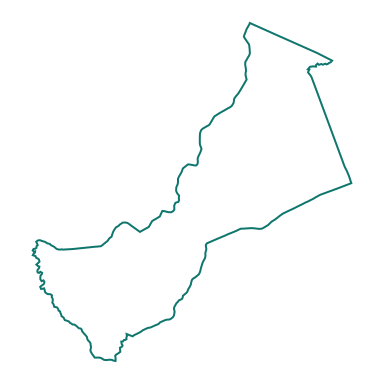 Senador Guiomard, Acre, Brazil
{"feature_id": "56859067B6491978564654", "entity_name": "Senador Guiomard", "entity_type": "district", "adm_level": 2, "iso_a3": "BRA", "parent_name": "Brazil", "parent_adm1": "Acre", "projection": "orthographic", "projection_center": [-67.514, -9.978], "detail": "fine", "context": "isolated", "style": "outline", "palette": "teal", "viewbox_px": 384, "rotation_deg": 0, "n_neighbors": 0, "source": "geoboundaries", "source_scale": "gbopen_adm2", "svg_char_len": 5264}
<svg xmlns="http://www.w3.org/2000/svg" viewBox="0 0 384 384"><path d="M332.1,60.6L317.3,53.1L308.1,49.0L294.2,42.8L279.3,36.2L249.8,23.0L249.3,24.5L248.4,26.0L246.6,29.1L246.0,30.7L245.4,32.4L244.8,33.9L244.2,35.4L243.9,36.7L244.6,38.0L245.4,39.2L246.1,40.2L247.1,41.7L248.0,43.0L248.9,44.2L249.2,45.4L249.4,47.0L249.6,48.7L249.7,50.3L249.8,52.2L249.8,53.8L249.0,55.8L247.9,57.4L247.1,59.0L246.3,60.3L245.3,62.0L245.2,64.7L245.5,66.6L245.9,69.0L246.0,70.9L245.6,73.0L245.5,74.9L246.6,79.5L244.1,83.9L241.9,87.6L240.6,89.8L238.4,93.3L237.1,94.9L235.5,96.8L234.1,98.9L233.9,101.1L233.6,102.8L232.9,104.1L231.8,105.8L230.1,107.2L228.5,108.0L219.9,112.9L214.5,116.3L213.4,118.0L212.5,119.5L211.8,120.8L211.1,121.9L210.3,123.3L209.4,124.7L207.9,125.7L206.7,126.3L205.6,127.0L204.2,127.8L202.8,128.6L201.3,130.0L200.5,131.8L200.1,133.0L199.9,134.6L199.9,136.2L199.8,138.0L199.8,139.3L199.8,140.6L199.8,142.4L199.9,144.5L200.7,146.7L201.5,148.8L200.7,151.4L199.7,153.7L198.7,155.7L198.0,157.3L197.6,158.9L197.8,161.1L197.8,163.0L197.2,164.4L196.1,165.5L194.2,165.4L193.0,165.1L191.3,164.8L189.6,164.5L188.0,164.4L182.8,168.5L182.4,169.9L181.6,171.9L180.9,173.3L179.7,175.3L178.8,177.0L178.0,178.6L178.0,181.8L177.7,184.3L176.9,185.8L176.3,187.5L176.1,190.6L176.8,192.6L177.5,193.7L179.1,195.6L178.8,197.9L179.1,200.2L178.2,202.0L176.5,202.4L175.4,202.9L174.2,205.6L174.3,208.0L174.3,209.7L173.2,211.1L171.1,212.3L168.0,212.1L164.2,211.1L162.3,211.0L160.5,214.9L159.8,216.5L158.1,217.5L156.4,218.6L154.1,219.9L152.2,221.0L150.6,223.7L149.5,225.7L148.6,227.1L146.1,228.4L139.9,231.9L136.2,229.2L133.7,227.4L131.0,225.5L129.4,224.2L127.4,222.9L125.2,222.5L122.8,222.6L121.3,223.6L120.0,224.4L118.4,226.0L115.9,227.4L114.1,230.1L112.9,232.4L111.5,236.8L109.7,238.0L108.8,239.0L107.8,240.7L104.0,243.8L102.4,245.1L101.0,246.2L97.1,246.6L94.2,246.8L85.8,247.7L82.7,248.0L80.6,248.2L75.0,248.8L71.7,249.1L62.9,249.6L61.7,249.3L60.4,249.6L58.7,249.5L56.7,249.0L55.4,247.9L54.3,246.9L52.5,245.9L51.0,245.2L49.7,243.9L47.2,243.3L45.3,242.0L43.5,241.4L41.6,240.9L40.4,240.3L38.8,240.2L37.3,240.8L36.2,241.8L37.2,243.8L37.7,245.1L36.6,246.1L36.4,247.9L35.3,248.7L33.6,248.9L32.7,250.4L33.8,251.7L35.1,251.3L34.9,252.6L33.4,254.0L32.8,255.2L34.1,255.7L35.5,256.1L36.1,257.7L37.5,258.4L38.9,259.4L39.5,261.6L38.0,263.1L36.4,264.6L37.9,266.0L39.4,266.6L39.1,268.0L37.8,269.6L37.3,271.2L37.7,272.5L39.1,272.9L40.3,271.8L42.1,272.8L41.7,274.3L40.6,275.4L40.3,277.5L40.4,279.3L41.6,281.2L43.5,280.4L44.4,281.8L44.1,283.5L43.3,284.5L41.6,285.6L40.2,286.9L41.1,289.0L42.8,288.7L44.1,288.4L44.6,290.1L45.2,292.3L46.5,293.4L47.8,294.1L49.1,294.1L50.6,294.3L52.0,295.4L51.7,297.1L52.5,298.4L52.8,299.8L52.7,301.2L52.3,302.7L53.3,303.9L53.9,305.4L54.2,306.8L55.8,307.1L57.1,307.5L58.2,309.0L58.5,310.5L60.1,311.5L60.4,313.0L61.1,314.2L61.5,316.1L63.6,317.6L64.8,320.1L66.8,320.7L68.9,321.5L69.8,322.7L71.2,323.5L72.6,324.5L74.4,324.6L75.8,325.5L76.8,326.3L77.9,327.4L79.0,328.3L80.6,328.5L81.6,329.4L82.1,331.2L82.9,332.2L83.7,333.2L85.8,335.5L87.0,337.1L87.3,339.0L88.2,340.6L89.3,341.6L90.5,343.3L90.6,344.8L91.0,346.8L90.8,348.5L90.4,350.2L90.7,351.5L91.4,352.8L92.1,354.0L94.7,357.6L99.5,357.6L101.2,358.1L102.6,359.0L104.0,359.8L105.8,360.1L107.8,359.9L110.0,359.7L111.9,359.9L113.1,360.5L115.5,361.0L115.6,359.3L115.5,357.5L115.2,355.9L116.0,354.7L118.2,353.4L120.3,351.8L120.1,350.0L120.0,347.7L121.9,346.8L122.6,345.4L121.6,343.8L121.3,341.6L122.8,341.5L124.0,340.0L125.3,339.9L126.5,339.2L126.3,337.9L126.9,336.2L126.6,334.0L130.6,335.6L132.7,336.3L134.0,335.2L138.6,333.0L140.8,331.8L142.6,330.4L144.4,329.5L147.9,327.9L149.5,327.7L151.0,327.3L153.3,326.2L156.1,325.0L157.9,324.3L159.0,323.6L160.1,322.3L162.0,321.5L164.5,320.4L166.6,319.7L169.4,319.5L170.7,318.9L172.2,317.8L173.4,316.6L174.0,315.1L174.4,313.2L174.6,311.6L174.1,309.4L174.0,308.0L174.6,306.5L175.5,304.9L176.5,303.1L178.0,301.7L178.8,300.4L180.7,299.6L182.1,298.8L182.6,297.6L183.0,295.7L186.4,292.9L187.5,291.5L187.9,289.9L189.1,287.8L190.0,286.4L190.8,284.5L191.2,282.6L191.5,281.2L192.2,279.5L193.7,278.2L195.2,277.4L197.7,275.3L198.7,274.5L199.4,273.4L200.3,271.0L200.8,268.6L201.2,267.3L201.8,265.2L202.5,263.0L203.2,261.4L203.9,260.1L205.0,258.1L205.5,255.7L205.3,253.6L205.6,251.9L206.2,250.3L206.3,248.5L206.0,247.0L205.8,245.0L207.0,243.3L210.0,242.0L219.0,238.1L223.1,236.4L225.0,235.6L228.2,234.1L231.6,232.8L236.4,230.8L239.2,229.4L240.9,228.7L242.5,228.7L245.2,228.5L251.8,228.1L256.0,228.5L259.1,228.9L261.8,228.7L263.5,227.8L264.9,227.0L266.4,226.1L268.3,224.9L270.2,223.0L271.9,221.4L274.5,219.9L276.8,218.2L279.4,216.1L281.6,214.5L283.4,213.3L285.2,212.5L286.6,211.8L290.0,210.2L294.3,208.2L297.6,206.5L303.1,203.8L304.5,203.0L306.2,202.2L307.5,201.7L308.7,201.1L310.6,200.1L312.1,199.4L314.4,198.1L315.8,197.2L317.7,196.2L318.9,195.5L320.2,194.8L322.4,194.0L325.4,192.9L329.2,191.5L331.2,190.8L333.4,190.0L334.9,189.4L336.6,188.8L351.3,183.2L349.1,176.4L346.7,170.6L344.7,166.8L340.7,156.0L315.2,87.0L311.5,77.1L310.2,75.0L309.0,73.7L308.0,72.2L309.3,69.6L307.9,69.3L308.8,68.2L310.0,66.8L312.9,66.4L314.3,66.5L315.9,66.6L315.9,65.2L317.6,63.6L318.9,64.8L321.2,64.0L322.8,64.7L325.3,63.7L326.5,64.4L327.7,64.0L328.9,63.0L330.7,62.3L332.1,60.6Z" fill="none" stroke="#0f766e" stroke-width="2"/></svg>